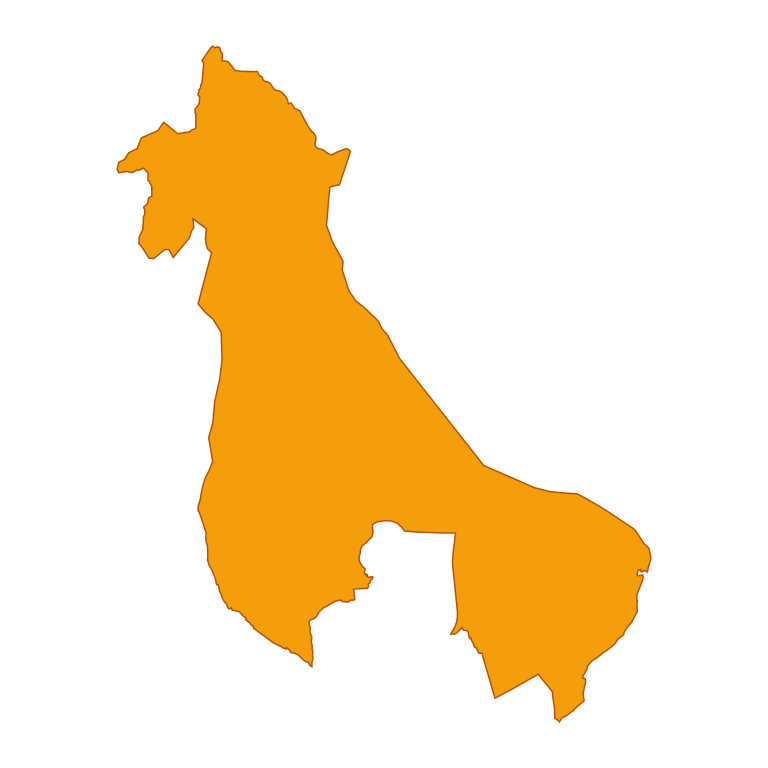 Kpone Katamanso, Greater Accra, Ghana
{"feature_id": "2480657B63581433334614", "entity_name": "Kpone Katamanso", "entity_type": "district", "adm_level": 2, "iso_a3": "GHA", "parent_name": "Ghana", "parent_adm1": "Greater Accra", "projection": "equal_earth", "projection_center": [-0.063, 5.768], "detail": "fine", "context": "isolated", "style": "filled", "palette": "amber", "viewbox_px": 768, "rotation_deg": 0, "n_neighbors": 0, "source": "geoboundaries", "source_scale": "gbopen_adm2", "svg_char_len": 6073}
<svg xmlns="http://www.w3.org/2000/svg" viewBox="0 0 768 768"><path d="M253.5,628.2L273.5,642.9L279.1,645.8L280.6,646.3L283.6,648.3L285.2,648.1L285.8,649.3L287.1,647.9L288.6,649.4L289.5,649.9L290.7,651.2L290.5,652.6L294.2,653.0L298.5,655.1L304.1,660.6L306.7,662.0L308.3,662.4L309.5,665.1L311.9,666.8L311.8,663.1L313.0,658.5L312.5,656.7L312.8,652.2L312.1,648.2L312.2,645.9L311.3,642.0L311.4,640.3L311.6,639.6L311.8,637.3L310.6,634.1L309.8,630.1L310.3,628.1L309.8,626.6L309.2,623.3L309.1,621.7L309.9,620.4L310.5,619.9L315.0,618.0L316.4,616.5L319.3,611.7L323.1,608.1L336.3,600.7L336.8,601.0L339.0,600.2L340.3,600.0L341.6,601.1L343.5,601.7L348.4,602.1L350.8,600.1L352.7,600.2L353.3,600.0L353.7,600.1L354.3,599.8L354.8,599.3L353.6,589.2L356.7,588.8L366.1,588.5L367.0,588.6L368.4,587.0L368.5,584.4L368.6,583.5L369.9,582.8L370.2,582.3L370.3,581.0L370.7,580.4L371.7,579.4L372.6,578.4L372.8,577.4L372.3,576.8L371.2,576.7L368.4,577.6L367.6,576.2L367.0,576.3L367.2,575.2L367.5,575.0L367.5,574.6L366.6,574.8L366.1,574.0L365.5,574.0L365.2,574.5L364.6,573.0L364.5,571.8L364.8,570.4L365.2,569.5L364.8,568.5L364.3,567.9L363.3,567.5L361.3,564.7L359.6,561.5L359.1,559.6L359.2,556.9L359.4,555.7L360.3,553.1L360.3,550.2L361.3,547.3L361.9,546.1L365.8,542.9L369.3,539.3L371.4,537.5L372.3,535.7L373.0,532.0L372.5,527.5L372.6,524.8L373.7,523.3L374.9,523.1L377.7,521.7L382.3,521.2L384.0,520.8L388.1,520.7L391.7,521.1L397.2,523.1L401.7,527.3L404.6,531.0L416.5,532.1L444.8,533.0L455.5,533.0L453.3,551.1L452.5,561.3L452.9,567.5L457.4,611.5L457.4,616.4L456.9,621.1L455.3,626.0L450.8,634.2L453.1,633.8L454.1,634.3L457.3,632.5L458.8,630.9L461.4,628.3L461.9,627.4L463.5,630.4L466.0,630.3L466.7,630.7L468.2,632.1L469.1,637.2L470.2,638.8L471.0,638.1L471.9,641.1L472.4,641.8L473.3,643.8L473.7,644.3L473.6,645.1L474.5,647.1L475.7,647.3L476.1,648.2L476.8,648.4L477.2,649.6L478.5,653.0L482.0,653.5L482.6,654.5L482.8,656.5L495.0,698.2L514.4,687.8L536.7,675.1L538.0,674.0L545.2,683.0L547.4,685.4L552.6,692.3L552.6,695.3L553.7,703.1L554.4,707.0L554.8,718.3L558.1,720.3L559.5,721.9L561.6,718.5L562.5,717.3L565.0,716.6L567.5,714.9L572.5,711.0L573.7,710.7L573.8,709.6L584.1,700.7L583.1,694.3L583.6,690.7L585.7,682.1L585.3,678.6L584.8,678.4L584.1,678.6L583.3,678.4L582.9,677.9L583.0,675.9L586.6,670.0L587.8,665.5L592.1,660.8L598.0,656.9L603.3,652.6L608.1,649.4L612.4,646.1L614.8,643.9L618.4,638.6L623.6,634.9L624.2,632.1L627.0,627.7L631.9,621.9L637.4,611.2L637.2,609.5L636.9,603.0L637.5,601.5L637.2,600.8L636.7,597.6L636.7,597.1L637.0,596.5L636.8,595.5L637.3,593.7L638.4,590.7L639.2,588.8L642.2,581.2L642.7,579.8L643.1,577.7L642.9,575.2L641.9,574.8L641.0,575.4L639.1,575.6L638.2,575.6L637.5,575.3L637.1,574.3L637.4,572.6L638.1,570.6L640.7,569.5L640.3,570.9L641.3,571.8L642.3,571.7L643.8,570.5L644.3,570.9L646.5,571.2L647.0,572.1L647.9,570.4L648.0,568.4L648.4,566.9L648.9,565.8L650.9,558.7L650.8,557.4L650.5,555.5L650.0,553.3L649.7,552.6L649.5,550.6L649.0,548.7L648.4,547.8L647.1,546.4L644.5,544.4L636.5,532.0L634.4,529.5L631.8,527.5L628.3,525.3L616.1,517.0L608.4,511.9L598.4,505.7L586.9,499.1L577.1,493.8L566.3,493.2L550.3,491.7L534.4,487.7L483.7,465.5L399.5,358.4L388.0,335.8L381.9,328.5L378.0,320.8L364.8,308.1L355.7,300.8L348.8,290.6L342.2,269.8L343.1,261.3L332.3,241.7L326.3,224.6L326.7,223.2L328.8,197.7L329.2,194.7L329.9,186.9L337.7,185.1L339.4,184.9L344.8,168.8L350.5,151.3L348.3,149.4L346.3,148.6L338.0,151.7L331.4,155.0L328.7,153.8L326.8,152.6L325.3,151.5L325.0,151.1L323.6,150.2L322.0,149.5L318.4,148.6L316.6,147.6L315.7,146.6L315.0,144.6L315.0,143.5L315.6,141.5L315.9,139.2L315.8,137.3L315.3,135.4L313.4,132.6L311.5,131.3L310.6,130.2L310.3,129.5L309.9,129.1L309.5,128.4L309.1,128.0L307.5,125.4L302.1,115.2L300.2,111.1L294.6,108.4L291.1,102.9L288.5,103.9L287.4,99.8L286.2,97.4L285.3,96.1L282.1,92.6L280.8,91.6L274.8,89.8L274.4,89.5L272.1,86.4L270.3,83.4L267.7,81.9L267.0,81.7L265.2,81.6L263.6,80.3L263.0,79.7L262.2,77.2L261.8,76.7L261.3,76.4L260.3,76.0L259.5,75.6L259.0,74.8L258.0,72.9L257.6,71.7L242.0,71.4L235.5,70.6L234.6,69.9L233.9,69.0L232.2,66.5L228.6,62.5L227.7,61.4L222.1,60.9L222.4,53.7L221.5,52.4L220.9,51.7L220.3,50.1L220.0,48.2L219.5,47.6L218.2,47.0L217.5,46.9L216.9,47.0L215.7,47.6L214.9,47.8L213.3,46.8L212.6,46.1L210.9,47.6L202.0,60.4L203.7,63.4L202.1,82.2L200.8,85.3L200.5,87.4L200.3,88.1L199.3,89.3L198.9,89.9L199.0,92.2L197.9,93.7L198.0,94.9L198.5,95.6L198.9,95.7L199.6,97.1L199.7,98.5L199.0,103.9L198.7,104.6L196.1,107.9L195.3,108.5L195.0,109.0L195.2,110.6L195.0,112.9L195.8,113.3L195.9,126.9L195.8,127.6L195.2,128.5L194.7,129.0L192.3,129.6L191.1,130.4L189.7,131.8L177.8,133.7L163.7,122.3L157.9,130.6L141.2,138.0L137.1,148.7L128.8,152.7L124.6,159.4L118.8,162.3L117.1,169.1L118.8,172.8L120.2,172.6L123.3,171.8L126.1,171.8L127.1,171.5L130.5,172.4L132.0,172.5L133.0,172.2L134.7,171.2L135.2,171.1L137.1,169.9L138.8,170.3L143.6,168.1L147.2,172.3L148.1,172.6L147.9,180.3L149.3,181.3L149.9,182.9L151.8,186.5L151.8,196.4L150.4,196.8L148.4,198.6L147.8,202.2L147.2,204.1L146.6,204.6L145.4,205.3L145.0,206.0L143.8,206.9L143.8,207.9L144.7,209.6L144.8,211.3L144.8,213.4L144.6,214.7L143.5,216.4L143.4,220.1L142.8,229.6L139.2,237.1L138.9,243.9L141.2,245.9L149.0,258.2L153.8,258.6L164.8,249.5L169.1,249.7L173.2,257.5L189.3,238.0L191.6,231.0L193.8,227.5L193.0,218.7L206.4,228.8L205.4,238.7L206.4,245.4L207.8,249.1L211.6,252.7L198.1,303.8L205.0,312.1L213.0,319.2L221.2,332.3L222.1,359.8L220.4,373.4L219.8,378.8L214.6,402.2L212.9,422.4L208.7,437.6L212.7,461.7L211.8,463.5L209.4,469.9L207.0,474.6L205.7,476.9L203.0,485.1L201.2,493.6L200.2,499.9L198.7,504.0L198.3,505.6L198.0,510.6L199.2,512.2L201.3,518.1L206.3,533.3L205.9,535.9L206.0,541.0L207.5,546.3L207.6,547.3L207.8,558.3L207.3,559.9L208.4,562.2L208.6,564.0L211.8,569.8L215.5,579.1L216.2,582.9L216.6,584.5L217.2,584.9L218.0,584.5L218.4,585.3L219.5,591.2L220.4,592.6L222.2,597.6L224.5,602.1L225.6,602.9L226.4,604.2L227.9,607.7L228.7,608.6L229.7,608.9L231.4,607.7L231.9,609.8L232.6,610.2L239.3,611.7L241.5,614.0L242.5,615.5L246.0,618.1L245.8,619.8L250.1,623.3L250.6,624.4L253.5,626.7L253.5,628.2Z" fill="#f59e0b" stroke="#b45309" stroke-width="1.5"/></svg>